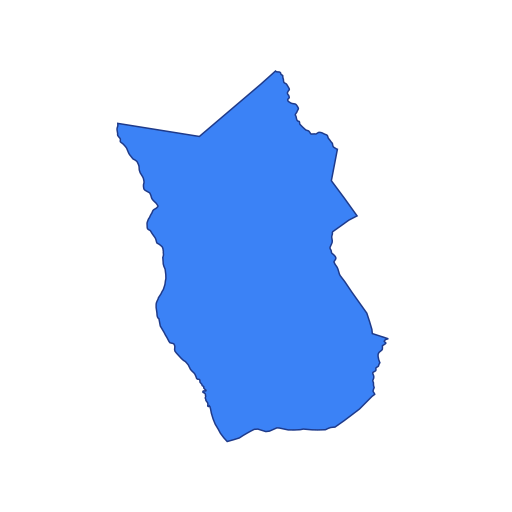 outline of Curaren, Francisco Morazán, Honduras, rotated 327°
{"feature_id": "27666195B74261140264311", "entity_name": "Curaren", "entity_type": "district", "adm_level": 2, "iso_a3": "HND", "parent_name": "Honduras", "parent_adm1": "Francisco Morazán", "projection": "mercator", "projection_center": [-87.56, 13.833], "detail": "fine", "context": "isolated", "style": "filled", "palette": "blue", "viewbox_px": 512, "rotation_deg": 327, "n_neighbors": 0, "source": "geoboundaries", "source_scale": "gbopen_adm2", "svg_char_len": 6135}
<svg xmlns="http://www.w3.org/2000/svg" viewBox="0 0 512 512"><g transform="rotate(327 256 256)"><path d="M362.6,277.4L361.6,255.7L360.2,233.9L382.4,210.8L381.9,210.2L380.9,208.1L380.4,207.0L380.3,206.5L380.4,206.0L380.5,205.4L380.8,204.6L381.2,203.6L381.4,203.1L381.3,202.2L381.1,200.9L381.1,199.7L380.8,196.5L381.0,195.7L381.4,194.3L381.4,193.6L381.3,193.2L380.9,192.5L380.0,191.3L378.4,188.6L377.6,187.7L376.8,187.0L376.1,186.6L375.6,186.4L373.8,186.4L372.7,186.3L372.5,186.2L372.2,186.0L371.5,185.4L368.9,183.9L368.6,183.6L368.5,183.3L368.4,180.6L368.3,180.0L368.2,179.7L366.4,177.4L365.3,173.2L364.9,171.2L364.6,169.7L364.6,169.1L365.4,167.4L365.5,166.8L365.3,166.3L364.8,166.0L364.5,165.4L364.4,164.8L364.4,164.2L364.7,163.0L365.5,161.0L365.7,160.0L365.7,159.3L365.8,159.0L366.0,158.8L366.6,158.4L368.4,157.7L369.4,157.0L371.5,155.8L371.8,155.5L372.1,154.7L372.2,153.4L372.2,151.9L372.1,151.0L371.9,150.3L371.5,149.7L369.4,147.8L368.6,146.8L368.2,146.0L367.4,144.2L367.3,143.8L367.3,143.3L367.5,142.5L367.8,142.1L368.3,141.8L369.1,141.7L369.7,141.5L370.1,141.3L370.3,141.0L370.6,140.2L370.8,139.4L370.9,138.8L370.7,138.1L370.7,137.6L370.9,136.9L371.1,136.4L371.6,135.9L372.2,135.6L373.1,135.1L373.9,134.9L374.3,134.8L374.7,134.4L374.9,133.9L375.0,133.4L375.1,131.7L375.2,129.6L375.2,128.7L375.1,128.1L374.1,126.2L374.0,125.6L374.1,125.0L374.4,124.3L374.7,123.6L375.3,122.6L375.4,121.8L376.2,120.0L376.6,119.5L376.6,119.4L376.6,118.9L376.1,117.8L376.0,117.4L376.0,116.6L376.3,116.0L376.3,115.6L376.2,115.1L375.8,114.4L373.8,112.9L373.3,112.2L373.1,111.5L353.7,114.5L273.6,124.9L212.3,69.5L211.6,70.7L211.2,71.3L210.3,72.2L209.3,73.0L208.6,73.8L208.0,74.9L206.5,78.3L206.1,78.7L205.9,79.1L205.7,79.6L205.7,80.2L205.8,81.6L206.0,83.1L206.0,83.8L205.8,84.3L204.6,85.9L204.5,86.3L204.5,86.6L205.6,89.9L206.0,92.4L206.2,94.2L206.2,95.2L205.4,99.5L205.2,101.0L205.2,102.4L205.6,106.6L205.8,107.9L206.6,109.1L207.4,111.1L207.6,111.8L207.6,112.5L207.3,114.8L206.9,116.6L206.4,117.7L205.0,120.2L204.6,121.6L204.2,123.1L204.1,127.2L204.0,128.6L203.8,129.6L203.4,130.7L202.9,132.0L202.3,133.1L201.7,133.8L200.5,134.9L199.6,136.2L198.9,137.7L198.5,138.8L198.6,139.6L198.8,140.6L201.0,144.7L201.2,145.3L201.2,145.8L201.0,146.8L200.9,147.7L200.1,150.2L199.9,151.6L200.1,153.6L201.0,157.4L201.1,160.2L201.0,160.6L200.8,160.9L200.6,161.1L199.5,161.4L198.2,161.6L196.6,161.5L195.4,161.5L194.9,161.6L194.4,161.7L193.6,162.2L192.3,163.1L189.7,164.4L187.7,165.7L186.2,166.3L185.4,166.8L184.6,167.4L183.5,168.2L182.6,169.0L182.2,169.6L180.2,173.0L180.0,173.6L179.9,174.1L180.0,174.6L180.1,175.0L180.5,175.9L181.0,176.7L181.2,177.4L181.1,180.2L181.2,183.3L181.3,185.0L181.3,186.1L181.1,187.3L180.7,188.6L180.2,190.1L180.0,191.2L181.3,193.7L182.2,196.6L182.3,197.5L182.2,198.2L181.9,199.2L181.6,200.0L181.2,200.7L181.1,201.3L180.3,202.3L179.4,204.0L179.0,204.7L178.1,205.6L176.9,206.6L176.5,207.5L175.7,208.9L174.9,210.4L174.0,211.9L173.7,212.6L173.1,214.6L172.7,217.1L172.4,218.0L171.5,219.8L170.2,222.5L168.8,224.8L168.1,225.9L166.5,227.5L164.9,229.4L164.1,230.3L162.8,231.4L160.2,233.5L159.5,233.9L157.8,234.7L155.7,236.0L151.4,237.9L150.4,238.8L148.4,240.0L147.0,241.0L146.3,241.7L145.7,242.5L144.2,244.8L141.9,249.8L141.0,251.4L140.6,252.2L140.2,253.3L140.1,254.3L140.1,255.0L140.4,255.8L137.6,262.6L137.3,270.2L137.0,272.8L136.9,276.0L136.5,280.2L136.6,281.9L137.8,283.2L138.6,284.0L139.2,284.9L139.1,286.4L138.6,287.8L136.8,290.1L136.2,291.7L136.4,294.2L137.6,301.4L138.3,304.0L139.3,306.1L139.9,310.3L139.3,315.4L139.6,317.5L140.3,320.4L140.4,321.9L140.0,324.4L139.5,326.4L139.7,327.0L140.0,327.6L141.0,328.4L141.2,328.7L141.3,329.0L141.3,329.4L141.1,329.8L140.8,330.5L140.4,331.1L140.3,331.6L140.7,334.0L140.3,335.4L140.4,335.7L140.9,336.6L141.0,337.0L140.9,337.4L140.4,338.0L140.3,338.4L140.5,339.9L140.8,340.7L140.9,341.3L140.8,341.5L140.7,341.7L140.5,341.8L140.3,341.8L139.1,340.9L138.5,340.6L138.1,340.5L137.6,340.8L137.3,341.3L137.3,341.5L137.5,341.9L137.7,342.3L138.1,342.6L138.1,342.8L138.3,343.7L138.3,344.4L137.7,345.4L137.5,346.1L137.3,346.4L136.1,347.4L136.0,347.8L135.9,348.4L135.8,348.9L135.7,349.2L135.4,349.6L135.3,351.3L135.5,352.0L135.5,352.7L134.9,354.2L134.5,354.7L134.0,355.2L133.8,355.8L133.9,356.0L134.1,356.3L134.4,356.5L134.8,356.5L135.2,356.3L135.3,357.3L134.6,359.5L133.0,363.4L131.3,369.2L130.2,374.9L130.0,380.7L129.6,385.3L130.0,391.0L130.8,395.9L137.2,397.9L142.9,399.5L147.6,399.5L151.9,399.7L156.3,400.0L160.1,400.4L163.3,402.2L168.6,408.6L171.9,410.2L179.9,411.5L181.8,412.9L188.2,419.3L193.1,422.6L198.6,425.8L201.4,426.9L208.2,432.2L213.0,435.5L219.6,439.5L222.7,439.9L225.2,440.5L227.8,441.8L229.0,442.5L240.3,442.1L259.4,440.7L276.9,436.9L280.2,436.7L280.4,436.0L280.4,433.8L280.5,433.2L281.0,432.6L281.8,431.9L282.5,431.3L283.3,430.9L283.4,430.7L284.1,428.5L285.5,426.2L285.7,425.1L286.0,424.2L286.3,423.9L286.6,423.6L288.0,422.7L288.8,421.8L289.2,421.1L289.5,420.3L289.9,418.3L290.1,417.9L290.3,417.6L290.6,417.4L291.0,417.3L293.1,417.4L293.7,417.4L294.0,417.3L294.3,417.1L294.6,416.8L295.2,415.7L295.5,415.3L296.1,415.1L298.1,415.1L298.5,415.1L298.9,414.9L299.9,414.0L301.7,413.0L301.9,412.7L301.9,412.1L302.2,411.0L302.4,409.9L303.7,406.7L304.2,405.9L304.6,405.3L305.1,404.8L305.6,404.4L306.4,404.0L307.0,403.8L309.8,403.5L310.4,403.4L311.0,403.1L311.3,402.9L312.6,401.0L313.0,400.3L313.2,400.1L314.0,400.1L315.3,400.1L316.2,400.1L316.8,400.0L317.3,399.9L317.5,399.6L317.5,399.4L317.1,397.9L317.0,397.5L317.2,397.3L317.7,397.0L318.4,396.8L319.4,396.7L320.6,397.1L321.2,397.2L321.9,397.5L311.3,384.4L313.2,380.7L315.6,372.6L317.8,364.3L316.7,338.5L316.5,325.9L315.9,318.2L316.1,316.6L317.4,312.2L317.7,310.9L317.9,309.5L317.8,306.1L318.0,304.3L318.1,303.7L318.3,303.3L318.8,303.0L320.5,302.3L321.4,301.8L321.8,301.3L322.1,300.6L322.2,299.4L321.8,297.0L321.3,295.7L321.2,295.1L321.1,294.6L321.3,293.9L321.7,293.1L322.0,292.2L322.1,291.7L322.1,290.6L322.2,290.1L322.3,289.8L322.6,289.3L323.0,288.9L326.4,286.7L327.3,286.0L327.7,285.5L328.3,284.7L329.8,281.3L330.7,280.3L331.9,279.3L332.2,279.0L332.7,278.0L333.5,277.4L353.4,276.5L362.6,277.4Z" fill="#3b82f6" stroke="#1e3a8a" stroke-width="1.5"/></g></svg>